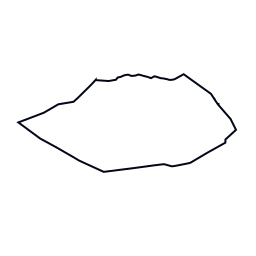 the district of San Francisco Jaltepetongo, Oaxaca, Mexico, rotated 66°
{"feature_id": "50627088B40383448618383", "entity_name": "San Francisco Jaltepetongo", "entity_type": "district", "adm_level": 2, "iso_a3": "MEX", "parent_name": "Mexico", "parent_adm1": "Oaxaca", "projection": "mercator", "projection_center": [-97.278, 17.342], "detail": "fine", "context": "isolated", "style": "outline", "palette": "ink", "viewbox_px": 256, "rotation_deg": 66, "n_neighbors": 0, "source": "geoboundaries", "source_scale": "gbopen_adm2", "svg_char_len": 861}
<svg xmlns="http://www.w3.org/2000/svg" viewBox="0 0 256 256"><g transform="rotate(66 128 128)"><path d="M173.6,30.1L161.6,30.6L144.2,35.9L143.0,35.6L143.0,35.8L143.1,36.2L142.8,36.3L136.5,37.4L136.4,37.2L135.0,37.6L130.6,38.3L101.5,55.3L102.4,65.6L101.9,68.1L100.9,70.6L99.4,72.3L97.2,75.4L95.6,78.1L93.4,80.5L91.5,82.8L91.8,86.7L89.3,89.3L86.9,92.4L85.1,94.5L83.4,96.7L83.1,100.0L81.9,103.6L79.4,106.1L78.7,108.2L78.3,110.5L78.3,113.9L77.7,116.9L79.0,119.5L77.2,126.6L71.1,138.1L70.9,138.0L73.6,144.3L80.1,161.6L81.9,167.1L78.0,182.0L79.8,198.7L78.3,225.9L101.8,212.6L110.8,205.7L117.8,200.4L124.0,195.9L131.4,190.5L137.9,185.9L142.1,182.2L158.2,168.0L167.4,137.6L173.1,118.1L175.7,109.8L180.7,103.7L181.3,102.2L182.0,99.5L185.0,86.3L185.1,84.8L184.6,80.5L182.9,66.0L181.0,45.1L178.1,43.6L173.6,30.1Z" fill="none" stroke="#020617" stroke-width="2"/></g></svg>